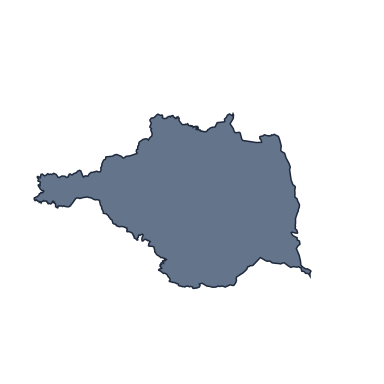 Di Linh, Lâm Đồng, Vietnam (Robinson projection), rotated 298°
{"feature_id": "81297802B8144414429904", "entity_name": "Di Linh", "entity_type": "district", "adm_level": 2, "iso_a3": "VNM", "parent_name": "Vietnam", "parent_adm1": "Lâm Đồng", "projection": "robinson", "projection_center": [108.032, 11.519], "detail": "fine", "context": "isolated", "style": "filled", "palette": "slate", "viewbox_px": 384, "rotation_deg": 298, "n_neighbors": 0, "source": "geoboundaries", "source_scale": "gbopen_adm2", "svg_char_len": 6051}
<svg xmlns="http://www.w3.org/2000/svg" viewBox="0 0 384 384"><g transform="rotate(298 192 192)"><path d="M280.3,191.5L278.3,191.7L278.5,188.5L276.6,187.2L274.3,187.3L271.5,186.5L269.8,187.8L269.2,187.7L265.1,181.7L260.2,181.8L258.3,179.1L256.8,177.9L255.7,177.6L254.5,176.7L253.7,176.8L252.1,176.3L251.6,175.3L251.0,174.9L250.5,172.3L250.1,172.0L250.2,171.1L249.8,170.7L250.6,170.0L250.0,168.7L250.2,167.5L249.5,167.4L249.4,166.2L249.9,166.5L250.5,166.1L250.5,166.9L251.4,167.6L252.0,166.8L251.7,166.0L252.3,166.4L252.5,166.2L251.5,164.0L249.7,162.8L250.4,162.6L249.9,161.0L250.3,161.3L250.5,161.1L249.1,157.5L250.0,156.7L250.2,156.0L249.0,155.5L248.8,154.4L248.0,153.8L246.9,151.7L248.8,147.4L249.8,146.5L251.0,146.1L251.3,145.5L250.8,144.4L251.7,144.2L250.6,143.2L249.5,143.5L249.1,142.8L249.7,141.3L249.7,139.8L250.5,139.4L250.2,138.7L249.3,137.8L248.2,137.8L248.2,136.5L247.9,136.1L246.3,135.0L245.0,135.0L244.3,133.4L243.6,132.9L243.6,130.9L245.1,130.6L245.9,129.6L245.7,129.0L245.0,128.6L244.7,126.8L244.9,125.8L244.3,125.0L239.7,123.5L238.2,121.4L236.0,121.0L235.1,121.5L233.7,123.8L229.6,124.2L228.7,126.6L227.4,126.5L224.8,129.5L222.5,130.2L220.3,129.3L217.4,129.1L217.8,128.1L217.6,126.7L216.5,125.2L215.5,124.1L211.5,122.1L210.1,122.1L208.7,122.9L206.7,122.7L204.4,124.0L203.5,123.2L202.8,123.3L201.4,123.9L200.7,125.2L200.1,125.2L194.9,120.4L192.5,117.0L190.2,116.0L189.7,115.4L190.3,112.8L189.8,107.9L188.3,106.1L187.0,105.5L186.0,104.6L182.6,99.5L180.3,100.2L178.7,99.0L174.8,99.2L172.6,100.1L170.4,100.1L169.2,101.1L168.2,101.5L166.9,101.4L166.0,100.6L165.6,98.1L162.4,94.7L162.0,93.7L159.8,92.8L157.1,92.6L156.2,90.3L155.4,89.6L154.3,89.4L154.5,88.5L158.4,83.9L158.4,82.6L156.8,81.3L154.6,80.7L152.8,79.0L150.9,78.2L150.5,77.4L150.8,76.2L150.2,75.3L148.6,75.2L147.4,75.7L145.9,74.3L146.3,72.6L145.1,69.7L142.5,68.0L142.1,67.0L143.7,63.8L143.6,61.2L141.7,60.1L141.4,58.7L140.3,57.6L140.5,56.1L139.4,55.5L138.5,55.4L137.1,54.2L137.1,53.2L137.6,51.6L136.7,50.4L133.4,51.3L133.5,48.9L133.1,48.3L132.6,48.3L131.9,48.9L131.5,50.6L129.9,50.6L129.3,51.1L129.7,52.7L129.3,53.6L127.8,53.9L126.5,54.8L126.2,53.0L125.7,53.1L124.7,54.3L124.4,55.4L123.5,56.4L122.8,59.1L123.5,60.1L123.0,60.8L121.1,60.4L120.6,58.8L119.5,58.8L118.8,58.1L117.7,58.3L115.6,57.7L112.7,55.5L111.3,56.3L110.7,57.5L112.0,58.1L111.6,58.7L111.9,59.6L111.5,60.4L111.8,61.5L111.2,62.0L112.1,62.6L111.4,63.9L112.9,63.9L114.0,64.8L114.7,64.9L114.6,66.0L115.1,66.5L115.7,68.1L114.9,68.8L114.9,69.7L114.2,70.1L114.1,70.6L115.0,71.6L115.0,72.6L115.6,73.2L116.7,73.3L117.3,73.8L117.8,73.3L118.7,73.6L118.3,74.4L118.5,75.2L117.6,75.3L117.6,77.0L116.3,77.6L115.7,78.3L115.0,78.4L114.8,80.6L115.2,81.0L116.4,80.3L117.2,80.7L117.3,81.7L118.4,82.9L118.4,84.4L119.6,85.4L119.6,86.7L120.7,89.6L121.5,90.5L122.2,90.6L122.8,91.3L123.9,91.1L125.5,91.6L131.7,92.4L133.2,93.7L133.6,96.0L136.3,98.9L138.6,102.2L138.8,103.9L139.5,105.5L139.4,108.2L139.6,110.2L140.7,111.8L141.2,114.2L137.5,117.3L136.4,119.2L135.0,120.0L133.0,122.8L131.6,123.7L132.4,126.4L131.9,129.0L130.8,130.6L130.3,132.3L129.8,132.7L129.7,134.5L127.2,137.0L127.2,138.4L127.7,140.0L126.9,140.7L126.8,142.2L127.3,144.3L128.6,146.1L129.2,148.0L129.5,151.4L128.9,151.5L128.6,152.4L126.9,152.7L126.5,153.5L127.2,154.5L127.6,155.9L127.6,158.7L126.3,160.3L126.1,161.2L125.2,161.6L125.0,162.3L124.3,162.7L124.2,164.9L123.7,166.0L124.2,166.6L124.6,166.4L125.0,165.7L126.1,165.5L126.7,165.9L128.8,165.1L129.7,166.8L130.6,167.1L131.4,167.9L131.4,168.5L130.7,169.2L127.8,169.4L125.8,170.5L125.4,171.0L125.7,171.7L127.7,172.3L128.5,173.4L128.2,175.8L128.7,176.0L128.6,178.4L126.2,178.1L124.1,178.8L124.1,179.6L125.4,182.5L125.6,184.0L123.1,186.4L121.5,187.4L121.3,188.2L120.1,190.2L119.9,193.4L119.4,195.4L120.3,196.6L120.1,197.5L120.6,199.0L120.4,201.1L119.9,200.9L119.7,199.5L119.0,200.5L118.5,200.3L118.1,199.1L117.3,198.4L116.7,198.8L116.3,200.1L115.7,200.4L115.9,198.9L114.5,198.0L113.9,198.9L112.8,198.0L112.3,198.2L112.0,199.1L111.4,198.8L110.5,201.1L108.2,199.1L107.2,199.4L107.5,201.0L106.7,205.0L107.5,206.1L107.5,208.5L106.0,210.8L105.7,212.0L104.7,213.6L103.8,214.0L102.8,213.7L102.4,214.0L103.3,217.9L103.9,219.1L103.9,221.6L104.3,222.2L104.2,223.2L103.3,223.8L103.1,224.9L103.7,226.3L103.9,228.0L104.5,228.9L104.7,230.2L106.0,231.0L107.0,232.7L107.1,234.3L108.0,235.1L108.4,237.1L107.5,237.8L107.7,239.0L108.7,240.0L109.3,241.2L111.6,243.1L113.2,243.0L114.2,241.7L116.2,243.8L115.9,249.2L117.0,252.1L117.5,254.7L119.3,257.8L121.2,259.1L121.3,260.3L123.3,263.1L123.6,265.9L127.9,269.2L128.6,271.8L129.2,272.8L132.4,273.2L134.8,272.8L136.8,271.4L138.2,271.4L144.5,275.0L149.1,276.6L152.3,276.4L153.2,277.6L154.2,277.8L155.1,279.5L156.0,280.3L166.2,283.1L166.0,289.7L166.2,291.0L167.6,293.2L167.1,296.1L168.6,300.1L169.3,301.5L170.1,304.0L172.3,305.8L172.8,306.8L172.0,311.3L171.8,314.6L173.6,316.3L175.1,320.3L176.2,321.3L175.9,322.3L176.3,323.9L175.4,324.4L173.6,326.2L174.3,327.5L174.1,329.4L173.5,330.4L174.5,332.7L174.4,333.6L173.1,335.7L175.8,334.2L177.8,334.2L178.2,333.8L178.4,330.2L177.5,328.6L177.7,325.1L178.6,322.4L182.0,320.2L186.6,316.2L191.0,310.7L193.9,310.8L196.6,311.8L199.0,310.0L199.2,309.3L199.0,307.5L201.0,306.2L200.8,302.2L201.4,300.4L202.6,298.7L203.2,298.8L203.6,299.4L204.4,302.9L205.1,304.3L205.5,304.4L207.4,302.6L208.2,300.2L210.3,299.5L211.0,298.8L213.0,298.1L217.3,295.8L223.3,294.8L225.1,294.8L226.1,294.2L229.1,293.8L231.3,292.8L234.0,289.1L235.3,288.0L235.9,285.1L239.1,283.6L241.7,281.9L244.9,280.9L245.4,280.2L245.9,277.6L249.1,273.9L257.7,267.6L259.9,267.2L260.4,266.8L262.8,264.2L266.2,259.1L269.7,255.6L269.8,252.4L270.2,251.1L271.4,250.3L274.4,249.3L279.0,245.1L281.6,242.2L281.5,237.5L280.2,236.6L279.8,235.4L278.6,235.2L277.5,233.2L276.8,230.9L276.6,229.3L276.3,228.9L274.9,228.4L272.9,226.0L272.5,225.9L271.7,226.7L271.0,226.8L270.5,228.3L269.8,229.2L268.5,230.1L265.8,225.4L261.4,212.7L261.8,211.4L266.8,206.7L266.9,205.7L264.8,202.8L264.8,201.9L265.8,200.1L267.4,198.7L270.1,193.6L276.3,193.9L279.5,192.5L280.3,191.5Z" fill="#64748b" stroke="#1e293b" stroke-width="1.5"/></g></svg>